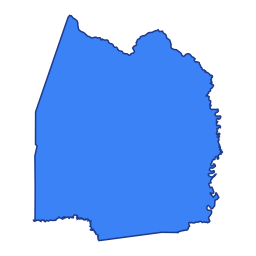 outline of Nhamatanda, Sofala, Mozambique
{"feature_id": "85939544B48412147332355", "entity_name": "Nhamatanda", "entity_type": "district", "adm_level": 2, "iso_a3": "MOZ", "parent_name": "Mozambique", "parent_adm1": "Sofala", "projection": "mercator", "projection_center": [34.409, -19.305], "detail": "fine", "context": "isolated", "style": "filled", "palette": "blue", "viewbox_px": 256, "rotation_deg": 0, "n_neighbors": 0, "source": "geoboundaries", "source_scale": "gbopen_adm2", "svg_char_len": 5826}
<svg xmlns="http://www.w3.org/2000/svg" viewBox="0 0 256 256"><path d="M209.8,221.0L208.7,218.6L208.7,217.3L211.1,214.0L211.6,212.8L211.6,211.5L211.3,210.6L210.6,210.2L208.6,210.4L207.6,209.9L206.8,208.6L207.0,206.8L207.6,205.8L208.4,205.5L209.2,206.1L211.0,208.4L211.8,208.8L212.6,208.4L214.6,205.9L215.0,200.3L217.3,199.2L218.8,197.4L216.4,193.0L216.0,192.9L215.5,193.3L215.5,195.2L214.5,195.9L213.4,197.2L210.4,193.9L210.1,193.3L210.5,192.8L212.1,193.6L213.2,193.3L213.7,192.4L213.7,191.6L212.1,187.4L211.8,187.2L210.6,187.7L210.0,187.4L209.5,185.7L208.5,184.1L208.9,183.5L211.1,182.7L210.4,181.1L210.6,180.5L212.7,177.6L214.7,176.0L215.9,174.3L215.2,174.3L213.5,176.2L211.6,177.0L210.0,176.6L208.7,175.5L208.2,174.5L208.4,174.0L209.2,173.7L212.6,173.3L214.3,172.2L214.3,171.5L213.9,170.7L211.7,171.3L210.6,171.0L209.3,169.8L210.4,167.7L212.0,168.2L212.8,168.1L214.0,167.4L214.3,166.8L215.3,166.4L215.3,165.3L214.4,164.1L213.9,163.9L213.3,164.2L213.2,164.9L212.8,165.7L211.6,166.0L211.0,165.4L210.7,164.3L211.9,162.7L211.9,161.3L212.6,160.9L212.8,160.0L213.4,159.3L214.6,159.6L214.9,159.4L215.1,157.4L216.0,156.5L216.5,156.5L217.1,157.0L217.2,158.8L217.9,159.1L218.3,158.8L218.7,158.0L218.1,155.5L219.3,154.5L221.0,154.1L220.5,152.9L221.8,152.9L222.4,152.1L221.9,151.4L220.6,151.3L220.6,150.8L221.2,150.0L219.6,149.6L219.6,149.2L220.3,148.8L220.4,147.2L220.0,146.7L219.1,147.1L218.9,146.8L219.7,145.2L218.9,144.0L218.5,142.3L217.9,141.2L219.0,140.1L218.7,139.1L218.8,138.1L217.6,137.2L218.9,137.1L219.3,136.7L217.8,135.3L218.5,135.4L219.5,134.9L219.8,133.8L219.5,133.4L218.9,133.3L217.6,134.1L216.6,133.6L216.4,133.1L217.5,131.5L216.8,129.7L217.0,128.6L218.1,128.7L218.3,127.8L219.3,127.3L220.3,127.7L220.5,126.7L220.1,125.9L218.9,125.3L217.0,125.7L216.6,125.5L216.5,124.5L216.9,123.3L216.7,122.7L216.4,122.7L216.4,122.1L217.3,122.2L217.6,121.7L216.7,121.5L216.6,121.2L216.5,119.3L217.2,118.9L217.7,118.2L218.4,119.1L218.9,119.2L220.1,118.6L220.7,117.1L220.7,116.4L220.0,115.9L217.8,116.2L216.3,115.9L215.6,115.7L214.9,114.5L214.8,114.0L215.7,113.3L216.0,112.5L217.4,112.2L218.3,111.2L218.0,109.3L216.9,109.2L216.3,109.8L214.9,109.3L211.5,109.5L210.2,108.5L210.0,106.9L211.1,105.4L210.9,105.1L210.2,105.4L209.7,104.6L210.6,102.7L210.6,100.9L209.2,100.2L208.7,99.0L209.1,97.5L209.1,96.6L208.1,96.2L207.9,95.9L206.3,96.0L206.3,95.8L206.6,95.1L207.4,94.6L207.9,93.5L208.6,93.2L208.6,92.0L210.4,91.0L210.6,88.8L212.3,87.8L213.5,85.6L213.4,85.0L211.8,84.3L211.8,82.8L211.1,83.6L210.4,83.3L211.7,81.4L210.7,79.8L211.4,79.1L211.4,78.0L212.2,77.5L212.0,77.0L212.5,76.3L212.1,75.6L211.6,75.3L210.2,75.3L209.7,74.3L208.0,72.9L206.8,72.3L205.9,72.3L206.0,71.8L205.5,70.9L204.8,71.4L204.1,69.9L202.9,70.0L202.2,69.5L202.0,68.1L200.7,66.8L200.4,65.4L199.5,64.1L199.2,62.6L197.2,61.8L196.6,61.7L195.9,62.1L195.3,61.7L194.3,60.8L194.1,60.3L194.3,59.6L195.1,58.9L193.5,57.4L192.1,56.9L190.2,54.6L188.7,53.7L186.2,54.1L184.0,56.3L183.3,56.3L182.0,55.5L181.5,54.1L180.5,52.8L176.5,49.8L173.7,49.4L171.5,48.3L170.9,46.9L171.1,44.5L169.8,40.3L168.8,39.3L166.9,38.3L166.0,35.1L165.0,34.0L163.1,32.8L162.8,31.7L162.2,31.1L159.5,31.7L158.1,29.7L157.4,30.4L154.9,30.9L152.0,32.4L150.3,32.4L148.4,32.8L144.3,35.9L142.9,35.7L140.5,36.8L139.9,38.3L137.8,39.5L137.3,40.1L137.0,41.1L136.2,42.4L136.5,44.3L136.0,45.5L134.1,46.1L132.6,48.0L134.2,50.8L134.4,51.6L134.1,52.4L133.6,52.8L131.4,53.6L130.6,54.2L130.1,55.1L129.2,55.3L127.3,53.9L123.4,53.4L122.1,51.4L119.1,50.7L118.4,49.9L117.7,49.6L117.5,48.3L116.6,47.3L114.6,47.2L113.7,46.5L113.2,45.1L112.2,44.1L111.5,43.7L109.8,43.5L108.6,42.3L108.2,40.8L107.3,40.0L104.4,40.1L102.3,39.1L101.6,39.9L101.1,40.0L100.8,39.6L100.5,38.1L99.8,37.7L97.4,38.0L96.3,37.3L94.7,37.2L92.7,37.9L91.6,38.0L89.9,36.9L87.1,35.9L86.7,35.1L85.7,34.6L85.0,33.5L82.9,32.2L81.0,31.5L79.0,29.9L78.5,28.9L77.8,25.2L77.7,22.6L77.1,20.9L74.6,18.8L72.9,17.9L71.4,15.8L70.9,16.0L69.6,15.4L68.1,17.3L35.6,111.9L35.5,144.4L37.1,145.9L34.9,155.9L35.2,190.4L35.0,220.2L33.6,220.2L33.9,221.0L34.5,221.3L37.0,220.2L38.3,220.1L39.1,220.5L40.2,220.5L40.4,221.2L41.0,221.4L41.1,220.5L41.7,220.1L43.6,220.1L44.2,220.3L44.3,221.3L45.1,221.6L45.5,221.6L46.4,220.5L47.3,220.5L48.2,221.1L50.4,220.1L51.6,220.4L54.6,220.4L55.9,220.2L56.1,219.2L56.9,219.0L57.6,218.1L59.2,217.8L59.2,217.2L59.9,217.9L61.0,218.1L62.5,219.1L62.9,218.9L62.4,218.0L63.4,217.0L64.4,217.0L64.0,217.8L64.2,218.1L64.6,217.7L65.0,217.9L65.2,217.1L65.7,217.0L66.3,217.4L68.4,217.0L69.1,218.4L69.3,218.3L69.5,217.4L70.1,217.1L70.6,217.1L71.3,217.6L73.2,217.8L73.4,217.5L72.7,217.0L73.2,216.9L73.5,215.9L74.6,214.9L75.4,214.8L75.6,215.1L76.4,215.3L76.9,216.2L77.3,215.9L77.3,216.8L77.8,217.1L76.6,217.9L76.8,218.7L76.9,218.2L77.2,218.1L77.2,218.6L77.8,218.5L77.7,218.9L78.1,218.6L78.4,218.8L79.2,218.6L79.2,218.9L79.7,219.0L80.3,218.5L80.3,217.9L81.2,218.0L81.7,218.2L81.0,218.5L81.1,218.8L81.9,218.5L82.1,219.0L83.4,219.1L83.6,219.7L84.7,220.0L85.2,219.9L85.5,219.1L86.3,219.7L86.8,219.2L87.6,218.9L88.4,219.6L88.0,220.6L88.9,220.3L90.0,221.8L90.8,221.2L90.7,222.4L90.2,223.4L90.9,224.2L90.4,224.8L90.5,225.9L90.0,226.3L91.6,227.5L91.4,229.0L90.5,229.5L90.5,229.8L90.8,230.1L92.4,230.3L92.7,230.1L92.4,229.5L93.1,229.3L93.1,230.0L94.0,230.4L94.5,232.0L95.2,231.9L95.6,232.4L95.7,233.1L95.5,233.6L95.7,234.0L98.1,235.2L98.3,235.5L97.7,236.8L98.1,237.1L98.0,238.7L98.5,240.1L99.1,240.6L161.6,232.3L177.3,232.5L177.6,232.2L178.0,232.6L179.0,231.5L180.3,231.4L182.9,230.3L183.2,230.7L185.9,230.0L186.6,230.3L187.9,229.3L188.3,228.6L188.3,227.3L189.6,226.2L188.7,223.9L188.8,223.1L189.5,222.4L190.5,222.9L191.5,222.4L192.6,222.9L194.5,222.9L196.0,222.1L198.6,222.1L199.6,221.4L200.4,221.3L201.6,221.8L202.3,222.5L203.7,222.0L205.7,222.4L206.7,222.1L207.3,222.7L208.0,222.6L208.3,222.0L209.3,222.0L209.5,221.2L209.8,221.0Z" fill="#3b82f6" stroke="#1e3a8a" stroke-width="1.5"/></svg>